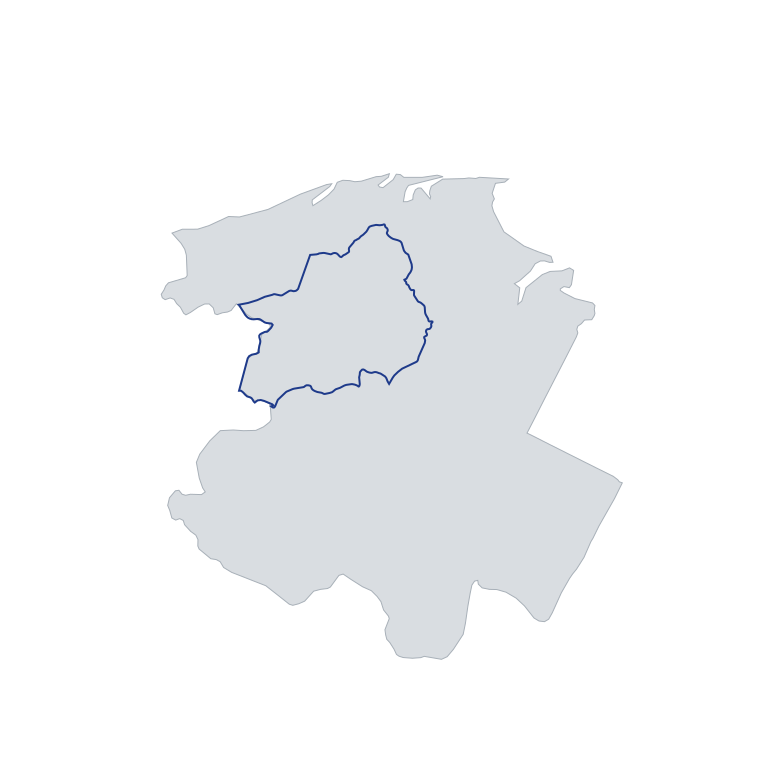 location of Ngounié within Gabon, rotated 117°
{"feature_id": "GAB-2622", "entity_name": "Ngounié", "entity_type": "Province", "adm_level": 1, "iso_a3": "GAB", "parent_name": "Gabon", "parent_adm1": "", "projection": "orthographic", "projection_center": [11.097, -1.69], "detail": "fine", "context": "in_parent", "style": "outline", "palette": "blue", "viewbox_px": 768, "rotation_deg": 117, "n_neighbors": 0, "source": "natural_earth", "source_scale": "10m", "svg_char_len": 7248}
<svg xmlns="http://www.w3.org/2000/svg" viewBox="0 0 768 768"><g transform="rotate(117 384 384)"><path d="M524.8,138.3L524.4,144.1L517.9,158.2L514.8,169.1L514.1,180.8L515.9,190.1L519.1,196.8L521.1,204.0L519.5,209.1L516.4,211.3L518.5,213.8L523.3,214.4L531.4,212.2L543.9,208.4L560.3,202.8L571.1,199.8L588.8,201.7L598.3,203.9L603.2,207.8L608.4,224.5L611.1,227.0L615.4,234.1L619.0,242.7L619.7,247.0L619.3,250.1L615.7,254.7L611.7,261.5L610.2,265.6L606.8,268.6L602.5,271.6L590.7,272.8L588.8,274.6L585.5,281.8L579.3,287.9L576.4,293.7L573.9,301.4L574.4,311.0L573.1,324.7L571.9,334.1L575.0,337.3L589.2,339.6L591.9,341.5L595.7,347.2L600.5,352.6L613.5,356.1L618.5,360.2L622.6,364.8L623.2,368.5L620.2,383.4L617.4,397.8L618.5,408.7L619.5,419.1L621.0,434.3L620.3,443.6L616.7,449.3L616.6,453.7L618.3,459.0L615.0,473.8L612.9,476.3L607.1,479.1L604.1,483.0L603.1,489.3L599.9,497.8L596.7,500.9L596.7,504.9L599.8,507.8L599.7,512.2L593.9,517.5L590.4,521.6L582.7,523.5L573.9,521.4L571.8,518.5L573.9,513.9L573.2,510.2L570.1,506.4L565.4,496.4L561.3,494.3L558.9,498.4L551.7,505.9L539.0,515.6L530.1,516.3L513.7,513.4L499.9,508.7L493.4,497.4L489.4,488.0L483.5,477.1L476.9,471.9L469.8,468.6L466.7,468.4L456.6,474.5L453.6,476.9L453.6,481.9L454.5,486.7L456.1,489.0L457.4,492.0L457.2,496.8L455.4,503.1L454.7,510.1L423.1,516.9L417.7,514.4L413.7,511.3L408.9,511.8L395.2,515.4L390.2,512.9L385.1,511.1L382.9,512.6L382.6,515.6L385.0,532.0L384.2,538.3L381.1,546.5L379.5,552.0L387.9,553.6L390.9,556.1L393.9,560.3L397.9,564.1L398.2,566.5L393.6,570.8L392.0,576.1L394.2,580.2L399.9,584.5L408.2,589.0L412.3,591.9L411.9,594.6L408.0,600.3L406.5,605.2L403.9,609.5L404.4,613.6L408.2,617.3L407.8,620.7L405.2,623.2L400.1,622.7L395.7,623.0L391.7,622.0L379.4,609.0L376.7,608.6L358.9,618.6L354.4,622.7L350.8,628.6L345.8,641.4L337.7,634.0L330.7,620.4L322.5,612.0L305.3,598.5L300.8,588.6L281.1,566.6L252.8,544.7L232.4,525.7L229.3,521.5L232.7,522.0L252.5,531.5L255.1,530.4L257.4,528.3L248.9,523.3L240.8,519.4L233.1,517.0L225.5,517.2L221.2,513.2L218.4,507.0L217.0,501.8L213.6,496.3L202.8,485.1L200.2,480.7L194.2,474.7L197.8,474.0L209.4,479.6L210.5,477.4L209.5,474.0L197.8,468.6L191.5,468.3L190.0,464.5L190.9,460.1L182.5,443.7L173.8,431.4L172.5,425.5L195.9,452.3L199.0,452.7L203.1,452.5L212.8,449.5L210.9,445.9L206.6,442.1L202.3,443.8L196.8,444.2L193.9,442.6L192.6,439.9L198.1,426.9L195.8,427.5L194.0,429.8L191.0,430.9L186.3,431.6L174.8,424.7L164.6,405.9L161.9,402.0L159.2,395.5L156.5,392.8L144.8,366.1L149.3,368.1L154.6,375.8L165.0,374.2L169.0,369.7L172.5,369.9L176.2,368.8L180.7,364.6L194.0,346.2L197.5,321.9L196.3,307.5L194.4,293.2L198.8,288.7L200.5,291.7L201.4,296.8L203.4,300.5L208.2,303.9L216.9,304.8L230.5,310.1L235.4,313.4L236.7,306.7L252.3,300.9L247.6,298.9L233.7,301.2L214.6,292.6L208.3,287.1L202.4,276.8L196.3,271.4L196.7,266.6L210.4,262.1L214.0,262.6L215.5,267.9L219.2,270.1L220.6,269.4L221.2,264.8L221.2,252.6L217.1,235.0L218.3,231.7L222.1,230.5L225.4,228.1L227.8,227.7L232.4,228.1L234.7,232.2L236.0,234.4L240.6,235.5L244.5,237.6L247.8,237.0L250.5,234.5L254.6,234.0L267.0,234.0L278.3,234.0L300.8,234.1L323.3,234.2L345.9,234.2L362.8,234.3L362.7,224.3L362.7,208.8L362.6,190.6L362.5,173.1L362.4,156.9L362.2,137.7L363.2,132.2L364.3,130.0L363.9,126.8L381.3,126.6L412.8,128.0L426.6,127.8L430.5,128.1L447.7,127.1L461.6,128.4L467.6,129.7L472.9,130.4L489.6,131.2L511.4,130.2L518.8,130.5L522.9,133.1L524.8,138.3Z" fill="#d9dde1" stroke="#a8b0b8" stroke-width="1"/><path d="M455.1,474.4L454.1,473.4L453.2,473.1L452.8,474.3L453.5,483.2L454.2,486.5L456.0,489.2L459.2,490.7L458.8,492.1L457.3,494.4L456.7,495.7L456.6,496.9L457.2,500.3L456.6,502.7L455.5,505.6L454.9,508.2L455.8,510.1L423.0,517.1L420.4,516.8L417.9,515.1L415.1,511.6L413.6,510.5L412.7,510.0L410.1,511.3L406.6,512.4L403.6,513.0L401.8,513.7L399.0,516.3L397.6,517.1L396.2,517.0L394.7,516.2L391.9,514.0L391.3,513.3L391.0,512.6L390.5,511.9L389.3,511.3L385.1,510.1L382.1,510.0L381.9,510.0L381.2,511.6L383.0,516.5L383.3,518.3L382.7,522.9L382.7,524.3L383.4,526.1L385.5,529.4L386.3,531.3L386.7,533.4L386.7,535.1L386.3,536.8L385.5,538.9L379.5,548.8L379.3,549.4L373.5,541.9L366.9,535.1L360.4,529.8L355.6,524.4L354.0,522.9L353.6,522.2L352.1,516.5L351.7,515.7L351.0,514.9L344.1,510.7L343.5,510.0L343.0,509.3L342.8,508.5L342.6,507.6L342.4,506.8L341.9,506.0L341.3,505.2L340.5,504.5L339.5,504.1L338.3,503.7L302.5,508.4L299.2,503.1L298.0,501.7L297.6,501.5L297.3,501.2L296.9,500.8L294.7,497.5L294.2,496.3L292.7,490.6L292.5,490.2L292.2,489.9L290.7,488.8L290.0,488.0L289.5,487.1L289.2,485.9L289.2,485.0L289.4,484.1L290.4,481.4L290.5,480.6L290.3,479.7L289.4,479.2L287.7,478.6L286.0,477.2L282.5,475.3L281.8,475.3L281.0,475.7L280.2,476.3L279.4,476.7L278.6,476.9L277.7,476.8L271.8,475.4L270.2,475.4L269.3,475.0L268.4,474.2L267.5,473.7L265.7,472.4L263.0,471.7L260.4,470.3L256.3,468.9L254.6,468.7L251.8,468.6L251.1,468.5L250.3,468.2L249.6,467.6L248.8,466.9L246.0,463.5L245.6,462.7L244.6,460.1L244.1,459.3L243.0,457.7L241.8,456.5L241.7,455.8L242.4,455.0L243.2,454.4L243.6,453.6L243.7,452.8L243.9,451.9L244.7,450.9L245.5,450.4L246.3,450.2L247.1,450.2L247.9,450.1L248.6,449.7L249.3,448.6L250.0,446.9L250.5,444.3L250.6,442.8L250.6,441.7L249.7,437.4L249.5,435.8L249.5,434.2L249.8,433.3L250.3,432.4L256.1,426.8L257.3,424.4L257.7,421.1L264.8,413.7L267.3,412.1L268.4,411.7L269.7,411.3L271.8,411.2L273.1,411.3L275.0,411.7L279.9,411.8L280.9,412.4L281.8,413.2L282.4,412.6L282.7,411.8L282.9,411.0L283.3,410.4L284.1,410.0L284.6,409.4L284.8,408.7L284.8,407.9L285.0,407.1L285.5,406.3L286.2,405.6L287.3,404.1L287.7,403.2L287.9,402.4L287.7,401.7L287.2,401.0L286.9,400.4L286.9,400.0L287.0,399.8L287.4,399.4L290.5,398.0L291.2,397.6L291.6,397.1L294.9,391.4L295.1,390.6L294.9,389.0L294.9,388.2L295.2,386.6L295.9,384.0L296.4,383.2L297.2,382.5L301.4,380.0L302.4,379.2L303.2,378.3L305.6,374.7L306.2,374.0L306.9,373.5L307.5,372.9L307.7,372.2L307.5,371.5L306.5,369.9L306.4,369.2L306.9,368.9L308.9,369.3L309.8,368.9L310.4,368.4L311.2,368.0L312.1,367.9L313.3,368.1L314.2,368.4L314.9,369.3L315.3,370.0L316.1,370.6L317.0,370.8L318.1,370.5L318.8,369.9L319.9,368.5L320.6,368.0L321.5,368.0L323.2,369.2L324.0,369.5L324.7,369.1L325.8,367.7L326.5,367.1L327.4,366.8L329.0,366.3L343.9,365.5L347.2,364.7L348.2,364.7L349.3,365.0L362.1,374.8L366.8,377.0L371.7,378.7L374.4,379.1L381.6,379.5L380.1,381.9L377.8,384.5L377.2,385.6L376.8,386.5L376.3,391.3L376.3,392.1L376.6,393.5L376.8,395.5L377.0,396.4L377.3,397.2L377.8,398.0L379.4,399.7L379.6,400.0L379.9,400.5L380.4,402.1L380.6,403.2L380.8,404.8L380.6,406.2L380.3,407.8L380.5,409.2L381.1,410.0L381.9,410.3L383.5,410.7L384.4,410.8L385.2,410.5L386.9,409.8L389.3,409.2L395.0,405.6L395.9,405.3L396.7,405.1L397.5,405.2L397.8,405.5L397.8,405.9L397.6,406.6L397.6,407.9L397.8,409.7L398.5,412.2L399.0,413.1L401.9,417.2L403.3,418.6L407.3,421.4L410.3,424.3L411.0,424.8L414.2,426.2L414.9,426.6L416.6,428.3L419.5,431.9L420.0,432.8L420.1,433.3L420.1,434.9L420.2,435.8L421.4,439.8L421.7,442.8L421.5,444.8L421.3,445.5L420.8,446.4L420.3,447.0L419.7,447.6L419.5,447.9L419.3,448.3L419.1,448.7L419.2,449.5L419.4,450.5L420.2,452.3L421.0,453.0L421.9,453.5L422.7,453.8L423.4,454.4L428.9,461.9L430.0,463.1L435.1,467.4L436.0,467.8L446.2,471.4L447.0,471.4L452.8,470.9L453.6,470.9L454.4,471.1L455.0,471.4L455.4,472.6L455.1,474.4Z" fill="none" stroke="#1e3a8a" stroke-width="2"/></g></svg>